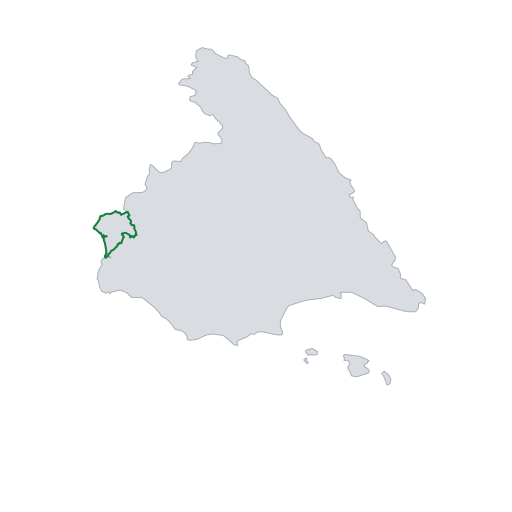 Huelva highlighted on a map of Spain, rotated 44°
{"feature_id": "ESP-5824", "entity_name": "Huelva", "entity_type": "Autonomous Community", "adm_level": 1, "iso_a3": "ESP", "parent_name": "Spain", "parent_adm1": "", "projection": "natural_earth1", "projection_center": [-6.789, 37.509], "detail": "fine", "context": "in_parent", "style": "outline", "palette": "green", "viewbox_px": 512, "rotation_deg": 44, "n_neighbors": 0, "source": "natural_earth", "source_scale": "10m", "svg_char_len": 6295}
<svg xmlns="http://www.w3.org/2000/svg" viewBox="0 0 512 512"><g transform="rotate(44 256 256)"><path d="M271.6,135.5L271.6,136.7L273.8,138.9L280.4,140.3L282.0,141.2L281.8,144.3L280.3,147.0L281.7,148.1L283.3,148.1L285.1,145.9L285.5,147.3L288.5,148.7L295.1,151.1L299.7,151.4L304.6,156.2L312.4,155.3L319.4,160.0L326.0,158.9L327.5,159.8L337.6,160.0L338.1,156.2L339.3,154.7L357.1,159.9L359.3,163.2L359.0,164.8L360.0,168.6L362.3,168.4L366.9,166.3L373.0,168.9L374.7,171.3L375.9,171.4L380.4,169.1L392.7,171.9L393.1,170.1L394.0,169.5L399.0,167.9L401.2,167.5L407.7,168.8L408.6,170.9L409.9,171.8L410.5,173.6L406.7,174.7L406.4,177.9L408.9,180.7L409.4,185.4L403.0,191.4L384.5,201.7L378.5,207.8L364.5,211.0L350.1,215.6L341.7,223.7L343.9,224.4L346.6,227.2L345.7,228.4L342.0,230.3L338.6,230.9L332.5,241.0L324.0,251.5L320.9,256.2L314.3,268.4L314.3,271.9L318.0,284.1L320.0,287.3L322.8,290.0L328.0,292.3L329.4,294.5L327.6,296.7L322.5,300.5L313.6,305.7L309.8,309.7L309.1,313.7L306.5,315.4L305.6,320.9L302.1,328.6L301.9,330.6L304.8,333.3L302.0,335.1L288.0,335.8L279.5,341.7L275.2,347.1L271.4,356.9L266.8,362.8L264.7,363.8L261.4,361.3L257.3,360.9L253.3,361.7L251.3,363.8L248.0,364.9L244.8,363.9L238.0,363.4L234.9,363.5L230.2,365.1L226.1,364.0L219.1,363.5L204.2,364.8L202.3,365.4L195.7,372.1L188.5,372.2L181.9,374.9L177.6,381.4L176.7,384.9L175.4,384.1L174.4,384.3L173.9,387.0L169.4,388.6L164.3,386.5L160.0,383.3L157.8,383.0L154.2,378.0L152.6,374.8L151.5,371.4L151.4,369.0L148.2,367.6L147.4,364.4L149.8,360.3L152.8,358.0L150.0,358.2L147.9,360.9L145.2,356.6L134.3,348.4L134.9,345.5L133.1,347.7L131.8,348.2L126.3,347.9L119.9,348.9L117.2,334.9L118.9,330.0L126.0,320.4L130.5,319.1L132.3,314.2L128.2,314.4L121.7,304.9L123.4,296.1L129.9,289.5L131.0,286.8L131.2,284.3L130.0,282.6L126.4,281.6L122.8,274.7L122.0,270.3L119.0,267.9L116.5,263.6L118.7,262.9L128.0,262.9L130.2,261.8L131.9,258.9L133.6,254.1L134.0,251.2L130.4,247.1L130.3,246.2L130.8,244.8L136.4,240.2L135.3,236.8L136.2,229.5L135.7,225.3L135.1,221.8L133.2,217.4L134.4,215.5L137.3,214.0L139.7,210.3L143.0,207.3L147.5,204.8L152.6,199.5L151.8,197.1L150.0,195.7L143.7,194.7L143.2,193.6L143.3,187.8L141.6,185.5L139.3,185.7L135.8,184.7L134.9,185.4L130.4,185.2L127.3,184.1L125.9,185.0L125.6,187.1L120.3,189.2L117.3,189.1L112.4,187.3L106.9,187.9L106.2,187.5L101.5,189.8L99.9,189.9L98.0,187.1L100.6,182.9L98.4,178.9L96.9,178.8L88.1,181.7L83.0,185.5L81.0,186.0L80.3,185.3L80.1,179.9L85.4,174.1L82.1,173.8L82.2,172.1L84.4,169.4L82.2,167.4L82.3,161.6L77.5,163.5L76.3,163.2L76.2,160.9L79.2,156.2L76.1,155.7L73.8,154.0L70.9,150.2L70.9,148.2L72.5,143.5L76.7,141.2L80.8,138.0L86.4,138.6L94.8,135.9L97.6,134.4L97.6,132.5L96.6,131.0L97.5,129.6L104.3,125.7L108.4,125.3L112.5,123.4L115.3,124.6L117.7,124.2L120.6,125.7L124.2,129.1L129.6,130.5L134.0,129.4L156.1,129.1L162.3,127.4L167.2,129.5L176.6,130.5L182.3,132.3L198.0,135.2L203.7,135.3L215.1,132.4L218.2,133.1L222.7,131.7L224.9,132.0L227.8,134.0L237.9,136.7L240.5,134.4L242.4,133.9L249.7,135.3L257.0,138.2L260.8,138.4L266.3,137.6L271.6,135.5ZM409.2,259.1L411.9,260.3L414.6,259.3L416.1,259.6L417.6,260.1L418.0,262.3L412.4,273.0L407.8,275.9L403.0,273.6L400.2,273.0L399.3,272.2L398.6,268.7L397.3,267.7L395.5,267.2L391.8,269.9L390.7,268.1L388.9,267.7L388.2,266.6L388.2,265.2L399.2,256.9L402.5,255.1L409.3,253.0L410.4,253.3L409.6,254.5L410.5,255.7L409.2,259.1ZM441.1,254.8L440.1,257.8L431.5,253.8L428.8,253.4L428.1,252.8L428.3,249.8L433.9,249.4L438.5,250.8L441.1,254.8ZM363.5,289.1L362.5,291.2L358.3,290.4L357.4,289.6L358.2,287.2L359.4,286.9L359.4,285.2L360.6,283.5L366.5,282.1L367.9,283.3L368.2,284.9L364.8,288.6L363.5,289.1ZM367.8,297.5L367.2,298.0L362.6,297.6L362.5,296.2L363.4,294.2L365.1,296.2L367.7,296.5L367.8,297.5Z" fill="#d9dde1" stroke="#a8b0b8" stroke-width="1"/><path d="M119.6,348.4L119.2,346.9L119.1,346.1L119.3,345.6L119.0,344.5L118.8,341.8L118.3,340.7L118.4,340.3L118.3,339.5L118.2,338.7L118.0,338.1L117.8,337.8L117.3,337.5L117.1,337.2L116.9,336.9L116.8,336.6L116.8,336.4L116.7,335.9L116.5,335.5L116.6,335.4L116.9,335.1L116.9,334.9L117.0,334.7L116.9,334.4L117.2,334.2L117.9,333.4L118.1,333.1L118.2,332.6L118.5,331.0L118.9,329.9L119.4,329.2L121.9,327.1L122.7,325.8L123.0,324.6L123.6,323.0L123.7,322.4L123.7,322.0L123.6,321.7L123.6,321.4L123.8,321.2L124.7,321.1L125.0,320.9L125.3,320.9L125.7,321.0L126.0,321.0L126.4,320.9L126.7,320.8L126.9,320.6L127.2,320.2L127.5,319.5L127.7,319.3L128.2,319.3L129.8,320.0L130.5,319.9L130.7,319.0L131.0,318.6L131.2,317.6L131.7,316.5L132.1,315.4L132.3,314.9L132.6,313.9L133.0,313.4L136.7,314.7L136.9,315.0L136.8,315.4L136.6,315.6L136.5,315.9L136.3,316.3L136.3,316.6L136.4,316.8L136.6,316.9L137.0,317.0L137.3,317.2L138.1,317.4L139.4,317.5L140.1,317.3L141.0,317.4L141.4,317.5L141.7,317.7L142.1,318.0L142.6,318.7L142.7,318.9L142.8,319.2L142.7,319.4L142.8,319.7L143.0,319.8L144.3,319.9L145.0,320.1L145.4,320.1L145.5,320.0L145.5,319.8L145.7,319.6L146.1,319.3L146.2,319.1L146.3,318.9L146.5,318.7L146.8,318.7L147.1,318.7L147.4,318.8L148.5,319.6L148.7,319.9L148.8,320.2L148.8,320.4L148.9,320.6L149.6,320.8L153.2,322.3L153.7,322.7L154.2,323.8L154.4,323.7L155.0,323.7L155.3,323.8L154.7,325.9L155.3,327.4L154.7,327.7L153.7,327.4L153.2,327.6L152.8,328.1L152.9,329.5L152.8,329.8L152.6,330.0L152.1,329.9L151.9,329.8L151.8,329.6L151.8,329.2L151.7,329.0L151.4,328.8L150.2,328.7L146.4,329.8L145.8,330.1L144.9,331.7L144.3,332.2L144.2,332.4L144.1,333.3L144.8,333.7L146.5,333.6L147.9,334.3L147.7,335.3L148.4,336.3L149.0,338.0L150.1,340.0L150.1,340.3L150.0,340.6L149.7,340.8L149.1,340.9L148.9,341.1L148.7,341.4L148.9,342.3L148.9,342.7L148.4,343.1L148.3,343.4L148.3,343.8L149.2,344.6L149.4,345.1L149.4,345.6L149.0,346.6L149.0,347.0L149.3,349.0L149.0,350.0L149.1,351.1L149.0,351.4L148.4,352.2L148.3,352.5L148.3,353.0L148.3,353.4L149.0,355.6L148.4,357.3L149.5,358.4L149.3,358.5L149.1,359.2L149.2,361.3L149.1,361.7L148.1,361.7L147.3,360.7L146.4,358.4L145.8,357.3L145.0,356.5L138.2,351.6L137.5,351.2L136.8,351.0L136.3,350.8L135.2,349.9L134.6,349.6L134.1,349.3L133.6,348.6L133.4,347.7L133.6,347.2L133.9,347.0L134.9,345.5L135.2,344.9L133.8,346.5L133.0,347.0L132.2,347.0L132.8,348.2L133.1,348.8L133.1,349.1L132.7,349.2L130.3,348.0L129.4,347.7L128.3,347.3L127.6,347.7L128.4,347.8L128.8,348.0L122.0,348.1L121.6,348.3L121.1,348.8L120.6,348.9L120.1,348.7L119.6,348.4Z" fill="none" stroke="#15803d" stroke-width="2"/></g></svg>